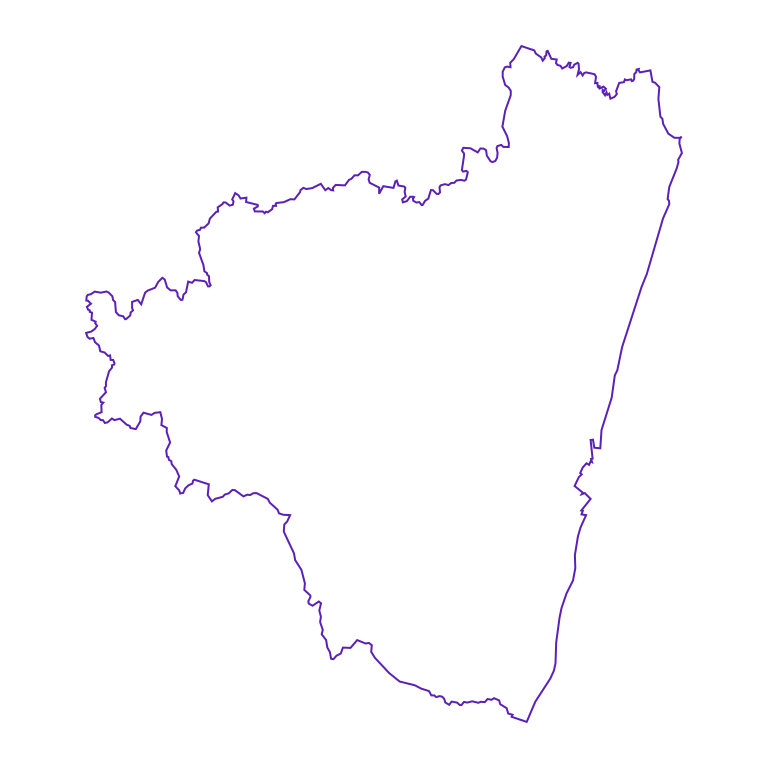 Toamasina II, Atsinanana, Madagascar (Albers equal-area conic projection)
{"feature_id": "10022922B55539380638871", "entity_name": "Toamasina II", "entity_type": "district", "adm_level": 2, "iso_a3": "MDG", "parent_name": "Madagascar", "parent_adm1": "Atsinanana", "projection": "albers", "projection_center": [49.14, -18.014], "detail": "fine", "context": "isolated", "style": "outline", "palette": "violet", "viewbox_px": 768, "rotation_deg": 0, "n_neighbors": 0, "source": "geoboundaries", "source_scale": "gbopen_adm2", "svg_char_len": 6016}
<svg xmlns="http://www.w3.org/2000/svg" viewBox="0 0 768 768"><path d="M600.3,448.3L601.5,430.1L611.7,397.6L614.8,375.4L617.3,370.3L622.1,347.1L641.5,287.1L646.8,274.0L663.0,218.5L669.3,204.1L668.9,200.5L667.6,199.2L669.3,186.9L676.7,168.4L678.5,162.0L678.1,159.9L681.9,153.0L679.4,143.6L679.6,139.4L681.6,136.4L680.5,137.8L674.4,137.8L668.3,133.6L663.1,123.8L662.4,118.8L660.4,116.7L658.4,99.0L659.3,87.1L654.9,82.6L652.5,81.9L650.4,70.4L640.0,72.4L638.5,70.3L638.8,69.0L636.6,69.5L636.1,72.4L634.3,74.0L634.2,78.8L633.2,80.7L631.8,81.1L631.2,79.4L626.3,80.2L624.9,79.4L623.9,82.2L619.2,82.9L616.1,91.2L616.8,94.1L614.5,96.9L610.4,98.7L609.2,93.7L607.3,94.9L606.5,92.3L605.0,95.3L602.6,92.0L602.7,89.9L604.1,91.0L605.9,88.8L603.5,86.6L599.8,88.4L599.6,86.2L598.5,86.4L598.5,87.4L597.8,86.8L597.4,82.9L595.1,83.2L596.0,76.7L594.5,74.2L586.2,72.4L584.2,73.0L582.6,75.5L580.5,72.1L577.6,74.9L579.0,69.1L578.6,63.8L577.7,62.8L574.2,64.7L573.0,67.2L570.7,67.8L569.4,67.0L570.6,62.9L568.8,62.6L566.7,66.1L562.2,68.5L560.5,65.8L557.5,65.0L556.0,63.1L556.7,59.5L551.3,58.8L547.7,50.9L546.5,51.4L546.2,55.4L544.5,56.6L544.8,58.1L542.7,60.7L541.2,57.4L535.8,53.6L534.3,50.4L521.4,46.1L513.8,59.1L510.2,62.8L510.5,67.2L507.0,66.6L504.8,67.4L502.7,71.7L502.7,76.7L505.2,85.0L508.6,87.5L510.8,90.9L510.7,95.3L505.2,110.8L502.4,126.7L507.1,136.1L508.9,143.1L508.7,147.0L503.3,146.9L501.3,144.9L497.4,146.1L496.6,148.0L497.6,152.9L497.1,157.7L495.3,161.0L492.3,162.1L490.5,161.2L486.8,155.6L486.1,150.2L483.6,148.6L480.4,148.5L477.7,152.4L470.5,148.3L463.3,147.8L461.9,150.6L464.0,153.5L464.1,155.3L461.9,170.0L463.0,171.6L466.4,170.9L467.8,172.2L466.0,179.6L464.4,180.7L460.9,179.9L456.5,180.5L454.3,182.8L451.2,183.0L448.6,185.0L444.8,184.2L440.6,185.4L439.5,187.2L440.0,192.4L438.5,194.0L436.5,193.8L433.0,190.2L430.9,190.1L428.3,198.7L425.1,200.8L422.6,205.0L421.7,205.1L419.3,202.1L416.4,202.5L413.3,200.8L412.9,198.8L414.1,197.1L413.0,196.7L410.2,196.8L406.8,201.2L402.9,202.3L402.2,199.4L405.7,196.5L404.6,191.9L405.3,187.8L404.4,186.6L398.4,185.5L396.8,180.6L395.4,181.4L393.5,187.9L383.3,186.2L379.1,193.8L379.2,187.6L369.7,182.8L368.6,179.4L369.8,174.9L367.9,172.5L365.7,171.9L361.7,171.9L358.1,175.3L354.5,175.3L351.5,178.7L349.0,179.9L344.9,185.4L335.7,184.9L332.9,188.0L333.2,190.4L331.0,190.1L328.3,188.0L325.3,190.2L320.8,183.8L312.2,188.1L306.4,189.0L303.3,187.9L300.5,190.1L300.0,192.2L294.4,199.4L290.4,199.2L283.7,202.2L276.4,203.0L275.6,204.0L276.1,205.9L273.0,205.9L272.1,209.2L267.8,212.3L266.0,211.7L264.6,213.2L262.9,211.5L254.8,211.4L253.9,208.7L257.8,206.4L257.7,204.9L246.1,202.0L246.4,197.7L240.5,198.5L238.6,195.4L235.2,193.1L232.2,199.5L233.5,201.3L232.9,204.7L229.6,205.6L225.7,202.5L223.5,202.4L222.4,204.2L217.7,207.3L218.1,211.5L216.3,211.8L209.9,218.6L208.6,223.4L204.1,227.6L200.9,227.7L199.9,229.9L197.0,230.6L195.9,232.3L199.0,236.0L198.4,241.5L200.2,249.2L199.0,252.8L203.4,265.0L204.4,271.3L207.0,273.1L207.2,274.7L209.0,276.2L209.2,281.9L210.6,285.3L209.5,286.4L208.0,286.4L206.0,282.2L204.3,281.1L194.6,280.0L192.0,282.8L188.2,281.6L186.0,292.3L183.5,294.6L182.5,299.7L180.8,300.0L177.7,296.2L177.4,292.9L175.6,290.3L170.5,290.3L167.1,287.4L164.7,279.5L162.3,277.8L158.1,282.1L155.1,287.7L147.7,290.6L145.1,292.7L141.2,304.3L137.8,299.9L132.1,301.9L132.1,308.3L133.1,310.3L130.6,312.5L130.3,315.4L126.1,319.1L125.1,319.2L123.2,316.3L118.8,315.3L115.9,312.1L115.1,302.1L113.0,299.8L112.4,296.3L108.5,292.4L106.3,291.5L100.8,292.7L94.7,291.6L90.9,294.2L87.8,294.9L86.7,296.3L86.3,300.5L88.1,300.8L91.0,303.7L86.9,306.8L88.1,309.7L89.8,310.4L89.8,311.9L92.0,312.6L91.5,319.8L95.7,321.7L95.2,323.2L97.1,325.8L94.9,328.9L91.2,331.6L86.1,332.9L87.4,336.8L89.5,338.7L93.4,338.0L95.1,342.3L99.0,345.6L100.3,351.3L104.7,352.5L108.0,355.9L110.1,355.4L110.6,359.9L113.2,360.0L114.5,363.1L114.2,364.5L111.9,365.3L112.1,367.5L109.1,371.2L105.9,382.3L106.0,386.1L104.6,387.9L106.0,392.2L100.0,398.7L100.8,402.1L103.3,402.6L101.3,405.1L101.6,412.2L96.5,414.2L95.2,415.3L95.2,416.8L98.7,418.0L100.6,420.0L102.9,420.1L104.9,423.0L107.7,422.3L111.9,418.5L114.4,420.1L120.0,418.7L126.7,424.7L129.6,425.8L130.5,428.0L135.8,429.1L140.3,421.3L140.6,416.6L143.5,412.7L151.5,414.9L154.6,412.9L160.3,412.2L162.0,418.9L161.4,425.1L166.8,428.0L166.7,432.0L170.1,442.5L166.2,450.5L167.0,456.6L168.4,457.1L168.9,459.8L171.3,461.2L171.7,464.1L176.2,469.7L179.2,476.5L175.3,486.2L179.2,490.4L180.2,493.5L183.2,492.9L185.2,488.4L188.6,485.2L192.4,483.6L193.1,480.6L194.4,479.7L208.8,484.3L207.7,495.1L211.9,501.4L215.2,498.8L222.8,496.8L224.7,494.6L228.7,493.4L232.4,489.9L235.0,490.2L243.4,496.4L247.2,494.7L250.2,495.0L253.3,493.2L256.6,493.1L267.8,498.9L269.8,502.7L277.6,509.7L279.0,513.3L283.4,514.8L290.1,515.1L287.2,521.5L284.3,524.5L283.8,531.7L294.0,553.4L295.1,560.0L301.4,569.8L304.9,583.3L304.3,589.9L310.3,595.4L310.5,596.8L308.3,601.3L308.8,603.7L312.6,605.7L318.8,601.5L321.0,603.3L319.3,610.5L320.9,616.7L320.1,622.0L322.8,630.0L321.7,634.3L326.1,640.0L327.3,647.4L329.9,652.2L331.1,658.8L333.4,659.2L336.5,655.7L340.8,653.5L342.9,647.6L350.5,647.9L357.2,640.1L365.6,643.5L368.9,642.9L371.8,645.2L371.2,651.8L374.9,657.8L389.2,673.1L399.6,681.5L414.9,685.3L421.2,688.6L429.1,691.1L431.3,695.4L434.3,695.4L436.2,697.1L439.7,696.1L442.2,696.7L444.2,698.8L445.3,702.5L449.2,704.8L451.6,701.6L457.1,702.6L459.7,705.0L461.4,705.1L464.0,701.9L467.1,702.6L472.2,701.3L478.3,702.8L480.9,701.8L484.8,702.1L487.6,699.0L491.5,699.8L494.0,698.2L499.1,700.4L500.3,704.3L506.6,708.1L508.2,713.5L512.6,714.8L511.6,716.8L526.7,721.9L535.3,701.7L550.4,678.4L553.9,670.6L555.5,663.3L556.2,642.4L559.6,617.3L561.5,608.2L566.4,593.7L573.0,580.5L575.3,568.3L574.9,555.0L577.9,536.6L580.4,527.8L586.1,515.1L581.5,514.4L582.8,510.8L581.3,510.5L590.6,498.9L584.8,493.1L581.8,494.2L582.8,492.7L574.6,486.0L578.9,477.0L581.7,474.4L580.2,473.0L582.8,467.4L586.5,463.3L589.1,464.9L590.6,461.4L592.0,462.1L591.0,459.0L592.6,458.7L590.6,440.0L593.0,439.7L594.3,447.7L600.3,448.3Z" fill="none" stroke="#5b21b6" stroke-width="2"/></svg>